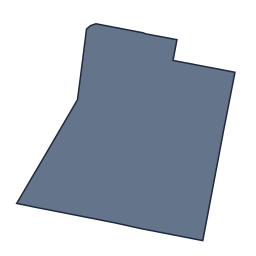 Pueblo, Colorado, United States of America (Natural Earth projection), rotated 101°
{"feature_id": "52423323B13171777995107", "entity_name": "Pueblo", "entity_type": "district", "adm_level": 2, "iso_a3": "USA", "parent_name": "United States of America", "parent_adm1": "Colorado", "projection": "natural_earth1", "projection_center": [-104.683, 38.129], "detail": "fine", "context": "isolated", "style": "filled", "palette": "slate", "viewbox_px": 256, "rotation_deg": 101, "n_neighbors": 0, "source": "geoboundaries", "source_scale": "gbopen_adm2", "svg_char_len": 413}
<svg xmlns="http://www.w3.org/2000/svg" viewBox="0 0 256 256"><g transform="rotate(101 128 128)"><path d="M32.0,96.8L32.2,128.2L31.7,131.5L31.8,179.3L34.7,184.4L38.8,187.6L74.6,185.2L106.1,183.2L109.9,183.0L167.1,203.0L223.3,222.9L223.5,201.6L223.6,123.6L224.3,95.8L224.3,33.1L125.2,33.6L112.9,33.7L54.6,33.6L52.9,33.7L53.0,69.3L53.1,96.7L32.0,96.8Z" fill="#64748b" stroke="#1e293b" stroke-width="1.5"/></g></svg>